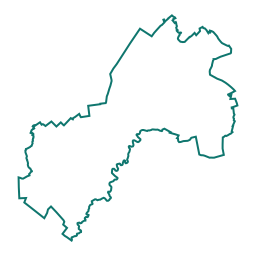 Catalina, Covasna, Romania (Albers equal-area conic projection)
{"feature_id": "2599482B45349138492818", "entity_name": "Catalina", "entity_type": "district", "adm_level": 2, "iso_a3": "ROU", "parent_name": "Romania", "parent_adm1": "Covasna", "projection": "albers", "projection_center": [26.117, 45.937], "detail": "fine", "context": "isolated", "style": "outline", "palette": "teal", "viewbox_px": 256, "rotation_deg": 0, "n_neighbors": 0, "source": "geoboundaries", "source_scale": "gbopen_adm2", "svg_char_len": 5801}
<svg xmlns="http://www.w3.org/2000/svg" viewBox="0 0 256 256"><path d="M223.8,154.9L222.6,148.6L222.6,144.5L222.8,137.4L224.0,136.8L225.1,135.8L225.5,135.7L226.2,136.0L227.6,135.4L230.0,133.9L230.6,133.8L232.5,132.1L231.7,131.4L233.1,125.9L232.7,125.9L234.8,121.2L233.8,120.4L234.0,118.6L233.6,118.2L233.4,117.7L233.5,116.6L234.5,114.7L234.2,114.0L233.9,113.7L233.3,108.5L231.8,108.4L231.7,107.4L232.9,107.1L237.4,105.5L236.9,103.4L235.1,98.7L230.4,99.0L231.2,95.3L229.5,96.1L228.2,94.9L228.1,94.5L231.5,92.9L235.0,91.0L233.7,89.5L231.2,87.2L228.2,84.7L225.5,82.7L221.9,80.5L217.2,78.7L210.0,74.7L209.7,71.7L209.9,70.0L211.3,67.3L212.0,65.7L212.0,64.9L213.0,60.7L213.7,59.6L213.6,59.1L215.8,59.0L218.2,57.8L220.6,56.7L230.5,53.4L231.0,52.8L231.2,48.9L228.9,45.6L228.2,46.0L226.8,45.5L222.2,43.2L221.5,42.6L219.7,40.5L218.2,38.5L217.2,36.5L216.4,35.5L213.3,32.0L211.6,31.1L209.8,30.6L209.7,31.3L210.3,32.3L210.2,32.6L209.2,32.7L208.4,32.0L208.1,32.1L208.0,32.6L206.4,30.0L205.8,29.4L204.7,28.3L203.3,28.1L202.6,26.9L199.6,28.5L200.0,31.1L196.2,35.2L194.6,32.9L191.7,35.8L189.6,37.3L189.4,37.1L184.7,41.9L182.9,42.1L180.4,41.7L178.5,39.8L178.0,39.0L177.9,38.3L178.6,36.4L179.5,35.3L179.6,34.8L179.5,34.2L179.7,33.8L180.7,33.3L181.0,32.7L180.8,32.5L179.4,32.7L178.6,32.6L178.1,32.3L176.7,30.7L176.7,30.4L177.5,30.0L176.6,29.2L176.4,28.2L176.2,27.8L176.2,27.6L176.5,27.2L176.9,26.1L176.5,25.1L176.0,22.4L175.8,22.1L174.7,23.0L172.6,20.4L173.4,19.9L173.3,19.1L175.4,18.2L174.9,17.4L173.4,16.7L171.9,15.4L168.3,18.3L168.4,18.5L164.8,21.6L164.0,19.5L163.4,19.7L163.9,21.2L164.5,22.3L161.9,25.0L160.6,25.7L156.6,30.1L154.2,32.8L151.7,36.3L140.0,28.7L130.1,43.3L116.7,64.1L113.4,68.5L110.2,74.0L111.5,79.8L111.6,81.0L110.4,85.7L109.4,88.5L107.8,93.9L106.8,96.4L106.1,102.1L105.7,103.1L100.3,103.7L100.3,104.2L88.2,105.8L89.4,115.9L80.9,117.2L80.7,117.0L79.2,113.9L75.2,116.9L72.9,118.3L72.7,118.9L72.8,119.3L72.6,119.3L70.8,118.1L63.9,125.4L63.7,125.3L60.8,122.4L56.4,126.5L51.4,121.5L45.5,126.0L43.4,124.4L42.6,124.2L41.6,124.7L40.0,122.3L35.0,125.7L34.8,125.1L33.6,125.4L33.0,125.9L32.8,126.3L33.4,126.5L33.9,127.2L33.9,127.4L33.6,127.6L33.4,127.9L34.1,128.5L33.8,128.8L32.6,129.3L31.6,130.2L31.4,131.0L31.1,131.3L31.1,132.0L30.6,132.9L31.6,133.4L31.8,132.9L32.3,133.0L33.3,133.8L33.4,134.2L33.2,134.6L32.8,134.6L32.8,134.9L32.5,135.2L33.4,135.8L33.4,136.3L33.6,136.8L33.5,137.4L33.1,138.1L33.2,138.4L33.0,138.6L32.9,139.3L32.7,139.9L33.0,140.9L32.5,141.4L32.3,142.0L32.6,143.4L32.1,144.4L31.7,145.7L31.5,146.0L30.7,146.3L30.1,147.0L26.9,148.7L25.9,149.0L25.8,149.4L25.9,149.8L25.8,150.2L25.4,150.6L25.5,152.5L26.9,156.2L26.4,158.0L26.7,159.1L27.1,159.6L27.1,160.5L27.4,160.9L27.8,162.4L28.0,163.3L27.8,164.8L28.2,166.3L28.5,167.0L28.9,167.5L29.8,168.4L30.3,168.5L31.1,170.2L31.9,171.1L31.9,171.4L30.8,172.0L30.0,173.2L29.2,174.0L29.4,174.2L29.3,174.7L29.5,175.4L27.2,176.3L23.2,178.6L22.0,178.6L20.4,177.9L18.6,177.4L18.8,187.3L19.3,198.3L26.0,198.0L24.3,202.5L30.1,207.0L44.3,218.2L47.1,213.0L48.0,209.4L51.0,206.5L56.3,212.1L63.6,220.3L64.3,221.8L63.2,224.6L67.0,227.9L62.5,233.9L64.8,235.9L66.8,237.1L71.6,240.6L71.8,240.3L71.9,239.7L71.6,238.1L71.6,237.5L71.8,237.3L73.3,236.8L74.7,236.1L75.8,236.1L76.5,235.8L76.9,235.4L76.9,234.0L77.2,233.6L78.8,233.4L79.8,232.5L81.0,232.1L81.1,231.2L80.9,230.5L78.8,229.0L78.7,227.8L79.1,226.8L79.1,226.4L78.7,225.6L77.7,224.6L77.5,223.8L77.5,223.2L77.9,222.9L79.0,222.7L79.5,222.7L80.2,223.3L81.5,223.0L81.9,222.2L83.0,221.4L84.4,220.6L85.4,220.6L85.5,219.6L85.1,219.2L84.8,218.5L84.8,218.2L85.0,217.8L86.0,217.0L87.5,217.1L87.9,216.8L88.5,215.5L88.5,214.9L86.8,214.5L86.4,214.0L86.4,213.7L86.8,212.9L88.5,210.9L88.5,209.6L89.2,208.3L89.1,207.1L89.2,206.6L90.3,204.9L92.4,204.1L92.5,203.9L92.5,203.4L91.8,201.9L91.8,201.2L95.0,199.3L95.8,199.3L97.4,200.2L99.1,199.7L100.1,199.7L102.1,198.5L103.7,197.8L104.6,198.2L105.2,198.7L106.8,200.7L108.0,200.8L109.2,200.0L109.9,198.9L110.7,198.3L110.9,197.7L110.7,197.2L109.8,196.2L109.5,195.6L109.3,194.6L108.2,192.8L108.0,192.2L108.3,191.7L110.0,191.8L110.9,190.6L111.1,190.0L111.2,188.8L111.4,187.8L111.3,186.8L111.0,186.4L109.7,185.2L109.4,184.0L109.5,183.3L109.9,182.6L110.3,182.3L113.3,181.2L113.7,180.8L114.3,179.9L114.8,179.6L116.6,179.5L117.0,179.2L117.5,178.4L117.5,177.9L117.2,177.6L114.9,175.9L112.0,173.1L111.9,172.6L112.2,169.6L112.5,169.0L112.8,168.8L114.0,168.8L114.7,169.4L115.4,170.5L115.8,170.7L116.3,170.9L117.4,170.6L117.7,170.2L118.1,168.8L118.0,168.4L117.2,167.0L116.8,165.1L116.8,164.5L117.4,164.1L119.6,163.6L120.0,163.8L120.5,164.8L120.8,165.1L121.7,165.1L122.3,164.9L122.6,164.5L122.8,163.1L123.5,161.0L124.1,160.4L124.5,160.4L125.0,160.7L125.2,162.6L125.7,163.2L126.6,163.1L127.4,162.6L127.7,162.2L127.9,161.6L127.8,161.1L127.2,160.1L127.2,159.4L127.8,158.0L128.1,156.8L128.4,156.0L128.2,154.3L128.5,153.2L129.4,151.8L130.0,149.2L129.9,148.9L129.1,147.9L128.8,146.9L128.8,146.5L129.0,146.2L129.7,146.0L131.3,146.7L131.7,146.7L133.0,146.3L133.5,145.1L133.4,144.3L132.9,142.6L132.8,141.0L133.2,140.4L134.2,140.3L135.1,140.7L137.0,141.8L138.0,142.1L138.9,141.7L140.2,140.4L140.4,140.0L140.4,139.2L138.0,137.1L137.6,136.5L137.3,135.8L136.7,135.3L136.6,134.6L137.1,134.1L139.0,134.1L139.5,133.7L140.0,132.7L140.2,131.3L141.3,130.4L142.3,130.0L143.5,130.0L147.2,131.0L148.1,130.4L149.2,130.5L151.2,130.0L151.8,129.6L152.7,129.4L155.8,129.7L157.6,129.6L158.7,130.0L159.7,130.6L161.8,131.1L162.1,130.9L162.3,129.8L162.4,129.6L164.4,128.7L170.2,131.9L169.5,132.2L169.5,132.7L175.3,134.3L178.6,135.4L178.0,136.8L177.0,138.2L178.0,138.6L178.2,140.9L179.1,142.1L180.6,142.0L183.4,141.1L187.7,140.8L189.7,139.9L190.3,139.3L190.8,138.3L191.6,137.7L195.8,136.7L199.3,154.5L201.0,155.2L203.1,155.3L204.6,155.7L209.6,157.7L210.6,157.6L214.0,157.7L223.8,154.9Z" fill="none" stroke="#0f766e" stroke-width="2"/></svg>